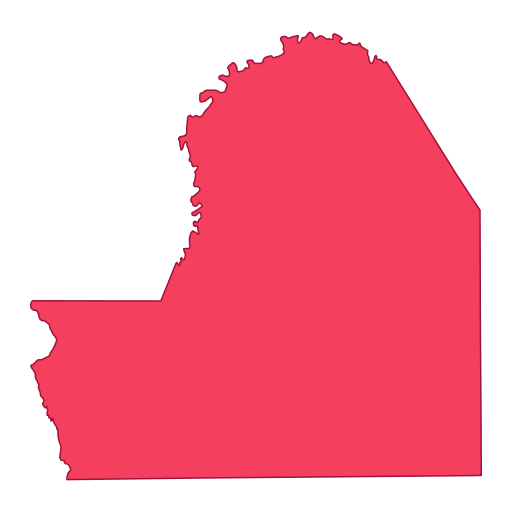 Sala Krau, Krong Pailin, Cambodia (Natural Earth projection)
{"feature_id": "14789045B37468243401885", "entity_name": "Sala Krau", "entity_type": "district", "adm_level": 2, "iso_a3": "KHM", "parent_name": "Cambodia", "parent_adm1": "Krong Pailin", "projection": "natural_earth1", "projection_center": [102.586, 13.003], "detail": "fine", "context": "isolated", "style": "filled", "palette": "rose", "viewbox_px": 512, "rotation_deg": 0, "n_neighbors": 0, "source": "geoboundaries", "source_scale": "gbopen_adm2", "svg_char_len": 5805}
<svg xmlns="http://www.w3.org/2000/svg" viewBox="0 0 512 512"><path d="M386.4,61.9L385.0,62.6L383.5,62.5L381.4,60.1L380.3,59.5L378.5,59.6L377.4,59.4L376.5,58.0L376.7,56.8L376.0,55.6L375.0,56.2L374.5,58.1L374.1,59.2L373.9,60.5L373.3,61.7L372.5,62.8L371.4,63.7L370.3,62.8L369.4,60.9L368.9,59.6L368.8,58.1L368.6,56.8L367.7,55.1L367.4,53.5L367.7,52.4L367.6,50.4L366.0,49.7L364.5,48.5L363.3,47.9L362.3,47.4L361.6,46.7L360.9,45.8L360.2,44.7L360.1,43.5L359.2,43.2L358.1,44.4L357.2,44.9L356.1,44.9L352.6,44.6L351.6,43.8L349.7,42.5L348.4,43.1L346.7,43.8L345.2,44.4L342.5,43.5L340.9,42.9L339.9,42.8L339.6,41.2L340.2,40.2L341.5,39.5L342.1,38.5L341.3,37.6L340.1,36.7L338.6,35.8L336.6,34.7L335.2,34.1L334.1,33.9L332.9,35.0L333.0,36.2L333.0,37.8L332.9,39.1L332.0,39.5L330.8,39.5L329.1,38.8L327.9,39.1L325.9,38.7L324.7,38.0L323.5,36.9L322.1,36.2L321.1,35.9L319.8,36.0L318.4,36.8L317.3,37.4L316.1,38.5L315.2,38.8L313.9,37.1L313.3,35.9L312.7,34.2L311.5,33.2L310.6,32.6L309.5,32.4L308.6,33.1L306.9,35.1L306.5,36.4L305.7,37.1L304.4,37.3L302.4,37.8L301.0,40.9L300.3,42.0L299.4,43.1L297.8,42.4L297.6,40.2L297.7,37.9L298.5,36.4L297.7,35.5L292.0,37.0L290.5,37.5L289.0,38.2L288.0,38.1L286.3,36.9L285.2,36.4L284.3,36.5L283.3,36.5L281.5,37.1L280.8,38.0L280.6,39.7L281.5,41.2L282.7,42.9L283.4,44.8L283.7,47.0L283.4,48.1L283.2,49.4L283.8,50.6L284.1,52.1L284.1,53.2L283.0,53.7L282.2,54.4L281.0,55.4L280.0,55.7L278.0,56.5L274.9,57.3L273.9,57.7L272.6,57.3L271.7,56.0L270.4,55.9L266.1,57.1L265.3,57.5L264.1,58.5L263.2,60.0L262.7,62.3L260.9,63.4L259.0,63.5L257.3,63.3L255.9,63.5L254.8,63.4L253.3,62.0L252.6,60.4L250.8,60.1L249.2,60.3L247.7,60.5L247.1,61.4L247.1,62.5L248.8,64.8L249.0,66.1L248.6,68.0L247.7,68.4L246.6,67.9L245.2,67.9L244.2,69.6L242.6,70.9L241.4,71.3L240.3,71.5L239.1,71.9L237.3,71.2L236.9,69.4L236.7,67.0L236.1,65.8L235.1,64.1L234.3,63.2L233.4,62.8L232.3,63.0L230.2,65.1L229.2,65.4L228.4,66.4L227.6,68.0L228.6,68.8L229.4,71.7L229.6,74.6L228.6,76.1L226.4,76.5L224.7,76.0L222.6,75.0L220.9,75.6L219.1,76.5L219.1,78.8L220.8,79.6L222.8,80.4L224.5,81.7L225.8,82.8L226.8,83.9L227.2,85.7L226.7,87.0L226.2,87.9L225.9,88.9L225.5,90.5L224.4,91.9L223.1,92.3L221.4,92.8L220.5,92.5L219.5,92.0L216.5,90.5L215.2,90.2L213.6,90.1L212.1,90.2L206.6,90.2L204.9,90.8L203.9,91.9L202.8,92.7L201.7,92.9L200.5,93.5L200.0,94.4L199.8,96.0L199.9,100.3L200.4,101.7L201.6,102.0L202.6,101.7L203.9,101.4L205.5,100.9L206.5,99.9L207.8,99.1L210.6,96.6L212.1,97.5L212.7,99.1L212.8,101.3L212.2,102.6L211.3,103.5L209.8,106.0L208.5,107.6L206.4,109.6L205.5,110.7L204.0,112.6L203.0,114.6L202.4,115.5L200.8,116.6L199.1,116.7L197.9,116.5L197.1,115.9L195.7,115.6L193.0,117.1L191.7,116.9L190.6,115.4L189.0,115.7L188.1,116.7L187.7,117.6L187.5,119.8L187.3,121.2L187.3,123.3L187.1,125.0L186.8,127.0L186.6,128.9L186.8,130.3L186.8,131.7L186.6,133.4L185.6,135.1L183.9,136.0L180.0,136.8L178.8,138.0L178.7,139.4L179.8,141.8L179.9,145.0L180.4,146.8L180.9,147.9L180.7,149.5L181.6,149.9L182.5,148.7L184.0,143.8L184.8,142.6L186.3,141.8L186.9,142.7L187.0,145.8L188.7,149.3L188.9,151.3L189.4,153.0L189.8,154.6L190.4,155.7L190.2,157.0L189.3,159.1L189.3,160.6L191.0,161.9L191.9,163.5L192.2,165.4L193.2,166.7L196.8,165.8L197.5,166.5L197.5,168.0L196.9,169.4L194.8,171.9L195.5,174.2L195.6,175.9L195.0,179.0L194.6,181.5L193.7,182.8L193.8,185.5L194.6,186.3L195.6,186.6L197.0,186.5L198.3,186.9L199.5,187.7L199.9,189.6L199.5,190.8L197.5,193.0L194.0,195.9L193.2,196.3L192.0,196.7L191.3,198.1L190.9,199.4L190.9,200.7L191.3,201.8L192.4,203.0L192.9,203.8L193.1,205.3L194.6,206.1L195.9,206.1L197.1,205.6L199.4,202.7L201.1,204.0L201.9,205.4L201.9,206.5L200.8,207.2L198.4,209.2L194.4,211.6L192.0,212.8L192.1,214.8L193.3,215.4L195.1,215.7L196.7,214.7L198.4,213.0L199.9,212.5L200.9,213.2L201.0,215.3L201.4,216.6L200.9,217.6L200.0,218.8L198.9,219.9L197.8,222.5L196.8,222.3L194.9,221.3L193.8,221.8L193.4,222.9L193.6,224.8L194.0,225.7L195.4,226.4L197.3,226.0L197.6,227.0L197.9,228.8L198.2,231.0L198.7,232.7L198.8,233.7L198.0,234.5L197.2,233.5L195.7,232.5L192.7,231.0L191.9,231.8L190.8,233.2L189.8,236.6L189.5,238.4L189.5,243.8L190.0,246.3L189.7,247.7L188.8,248.5L185.1,248.6L183.8,248.8L183.9,250.3L184.9,252.9L185.4,254.7L184.9,258.4L184.2,259.5L183.2,259.9L182.5,258.7L181.4,257.8L180.6,258.7L180.8,260.1L181.2,261.6L179.8,262.6L179.9,263.8L179.9,265.1L179.0,265.6L178.2,264.8L177.8,263.6L176.9,262.6L176.1,263.2L160.8,301.0L32.4,300.8L31.2,302.7L30.7,305.1L30.8,306.4L31.2,307.9L31.8,308.9L32.5,309.4L33.4,310.1L34.8,310.4L36.4,310.4L37.7,312.1L38.5,314.4L39.6,318.6L40.7,319.7L42.1,320.8L43.8,320.5L44.9,321.0L47.3,322.8L48.2,323.7L49.5,324.5L49.4,325.6L50.5,329.5L51.3,330.6L52.4,332.8L53.4,334.6L54.6,335.9L55.7,337.5L56.5,339.1L56.6,340.6L56.2,341.9L55.0,344.9L53.6,347.9L52.8,349.4L51.9,350.8L50.9,352.1L50.2,353.1L49.8,354.9L48.5,356.5L46.4,357.4L43.4,358.8L41.8,359.8L38.8,359.8L37.8,360.0L36.7,360.9L35.3,362.5L33.3,364.2L32.1,364.8L30.9,365.5L31.4,367.4L32.0,368.4L32.7,369.2L33.4,370.2L34.3,371.8L35.3,373.6L35.4,377.4L36.0,379.2L37.1,380.5L37.3,381.9L38.8,384.5L38.8,385.8L38.3,387.6L39.1,388.4L39.0,389.5L39.4,390.5L40.1,392.1L40.3,393.2L40.5,395.1L41.2,396.7L42.2,397.3L43.3,398.7L43.9,400.7L43.6,401.9L42.7,403.3L42.8,404.3L44.1,406.7L45.1,407.8L46.6,406.6L46.9,408.2L47.9,410.5L47.0,412.3L47.3,413.4L47.1,415.2L48.5,415.4L49.1,417.9L50.8,418.5L51.0,420.8L51.9,420.7L52.7,418.7L53.1,420.3L53.8,422.1L54.2,423.0L55.2,425.0L56.1,426.0L56.6,427.3L57.0,429.2L58.0,430.3L58.0,434.5L58.2,436.5L59.1,441.3L60.7,445.5L61.1,447.3L60.6,451.3L60.3,453.2L60.0,456.2L59.6,457.2L61.3,460.4L62.6,460.3L64.1,460.6L64.5,462.5L65.4,463.6L66.9,463.8L68.6,464.9L69.6,466.6L70.8,470.0L68.9,472.0L68.0,473.5L67.3,476.0L66.8,478.4L66.9,479.6L199.4,478.0L471.9,475.6L481.3,475.4L481.0,414.9L480.4,332.0L480.0,210.1L472.3,198.7L456.3,174.3L386.4,61.9Z" fill="#f43f5e" stroke="#9f1239" stroke-width="1.5"/></svg>